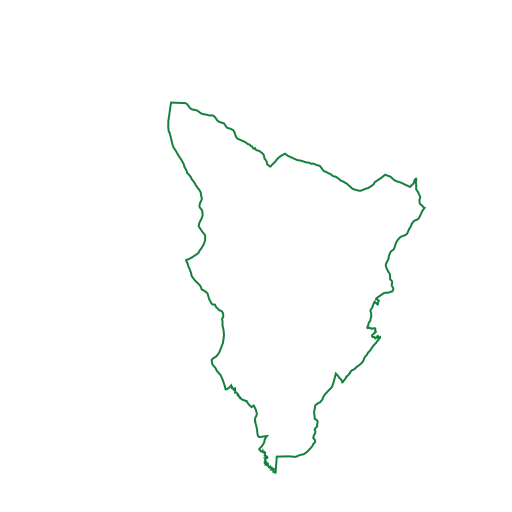 Sarmizegetusa, Hunedoara, Romania, rotated 128°
{"feature_id": "2599482B56476648103068", "entity_name": "Sarmizegetusa", "entity_type": "district", "adm_level": 2, "iso_a3": "ROU", "parent_name": "Romania", "parent_adm1": "Hunedoara", "projection": "natural_earth1", "projection_center": [22.749, 45.477], "detail": "fine", "context": "isolated", "style": "outline", "palette": "green", "viewbox_px": 512, "rotation_deg": 128, "n_neighbors": 0, "source": "geoboundaries", "source_scale": "gbopen_adm2", "svg_char_len": 6126}
<svg xmlns="http://www.w3.org/2000/svg" viewBox="0 0 512 512"><g transform="rotate(128 256 256)"><path d="M414.7,107.2L401.3,116.1L393.5,106.6L389.9,101.1L386.4,99.2L384.4,97.8L383.0,96.4L379.1,95.2L374.4,94.7L370.9,94.6L368.7,95.1L366.6,94.8L365.8,95.1L364.7,96.3L364.1,98.9L361.6,100.0L359.4,100.3L358.4,100.7L357.6,101.2L356.7,102.9L355.3,103.2L352.6,102.9L350.9,104.3L350.1,104.5L348.5,105.5L347.9,107.0L347.9,108.2L348.2,109.3L343.3,114.1L337.7,117.0L336.8,117.4L336.3,117.2L333.1,116.2L331.8,115.4L328.1,115.3L326.0,116.1L322.7,116.5L312.4,115.5L306.8,117.5L299.5,120.7L299.8,118.2L300.7,115.4L300.7,114.3L300.9,113.4L301.5,111.6L302.5,110.2L302.1,109.9L300.9,110.1L298.0,110.0L295.3,110.5L295.1,110.2L293.6,110.2L292.8,109.9L291.3,110.1L290.0,109.8L288.8,110.4L286.7,109.9L284.5,108.7L282.4,108.6L276.9,107.1L274.4,106.8L273.2,106.8L268.7,108.0L265.2,107.8L263.1,108.3L261.2,107.9L253.7,108.3L250.4,107.8L248.8,108.2L248.3,108.0L243.9,108.0L243.5,108.4L244.0,108.6L244.4,109.4L244.0,110.8L244.8,111.0L245.7,110.3L245.9,110.9L247.5,111.3L247.0,112.8L247.9,113.9L248.1,114.5L247.5,115.5L246.6,115.8L244.0,115.1L243.6,115.4L241.9,114.8L241.7,115.1L241.9,115.5L241.4,116.2L239.6,117.4L239.7,117.8L240.6,118.8L242.0,119.9L241.9,120.4L242.6,121.5L242.7,122.3L243.2,122.7L243.1,123.1L244.1,123.8L243.7,124.4L241.4,125.0L238.8,126.2L237.6,126.0L236.3,126.2L234.6,127.3L232.3,128.0L231.0,129.5L229.9,130.3L229.3,131.6L228.0,132.5L225.1,132.6L223.1,133.4L219.3,134.4L219.1,133.9L219.2,131.3L219.4,130.3L219.1,130.2L217.5,131.3L215.6,131.7L215.5,134.3L216.2,134.7L215.0,135.1L206.6,132.4L205.6,131.7L203.1,128.8L201.2,127.9L200.5,127.0L198.7,126.9L197.6,127.4L196.9,128.0L195.8,130.7L195.2,131.3L192.5,132.7L192.1,133.6L191.7,136.1L190.1,137.2L188.2,139.1L187.6,139.9L186.6,142.8L185.4,145.3L183.5,148.0L182.0,148.8L176.7,149.8L174.7,151.0L171.1,152.3L168.9,152.4L166.7,151.7L165.1,151.7L159.3,153.8L156.1,154.2L152.1,153.9L150.2,152.9L147.9,151.3L145.8,150.7L144.6,150.8L140.7,151.9L138.0,152.1L134.5,153.1L131.8,153.2L130.4,152.8L127.8,151.2L125.2,151.0L118.1,152.7L114.3,152.8L114.6,153.6L114.2,155.1L113.9,159.2L112.1,161.0L110.7,161.9L108.8,162.6L108.2,163.2L105.9,167.6L104.9,170.8L101.3,173.5L99.4,175.5L96.9,176.8L96.6,177.6L97.4,177.8L99.1,177.6L101.9,176.4L104.7,177.0L106.3,176.9L106.7,177.1L108.3,183.9L108.8,186.6L110.7,191.7L111.1,193.7L110.7,198.9L112.5,204.3L117.6,205.5L124.5,207.8L127.2,207.5L130.3,208.3L131.5,208.9L133.1,209.2L135.6,211.1L139.4,213.2L140.3,213.9L141.1,214.9L143.2,219.8L143.6,221.5L143.1,228.9L143.6,232.7L144.4,235.7L144.2,238.5L144.4,242.0L145.6,244.3L145.6,248.1L146.2,249.6L146.4,252.0L147.2,254.0L147.2,255.8L145.8,260.5L145.9,261.7L147.0,264.2L147.7,267.1L148.1,268.0L149.3,269.2L149.8,271.5L151.2,273.9L153.3,279.4L155.1,282.8L157.5,292.7L157.5,296.1L161.4,297.8L164.4,298.7L167.2,299.0L170.3,298.9L174.5,299.6L176.4,299.6L176.8,299.8L177.0,300.6L176.8,301.6L176.9,303.5L175.2,305.5L174.3,307.6L174.0,309.3L172.6,310.8L171.2,312.9L171.2,318.0L172.4,321.1L172.3,322.0L171.6,323.2L172.7,323.9L173.0,324.6L172.1,326.5L172.5,327.9L172.2,329.4L172.8,331.3L172.8,333.3L173.0,335.1L174.9,342.8L174.6,344.4L174.0,345.8L171.8,349.0L170.9,351.2L171.5,354.7L172.7,357.4L172.5,359.0L171.2,362.8L172.8,367.1L173.1,368.4L172.9,370.3L171.7,374.3L171.7,375.4L172.1,377.2L173.7,378.7L175.3,382.5L176.8,385.1L177.5,387.5L177.5,390.9L177.7,392.1L178.3,393.8L179.6,396.0L180.0,397.3L180.0,399.5L178.8,403.3L178.8,404.7L179.1,405.9L187.4,417.4L203.7,408.1L208.7,404.3L211.8,401.2L211.9,400.3L213.2,398.5L220.4,389.3L221.0,388.3L222.7,383.4L224.8,378.3L226.2,374.0L227.7,370.4L228.8,368.4L229.5,367.9L231.7,362.9L233.1,361.0L233.0,359.7L233.5,358.2L233.7,356.6L235.3,353.1L235.9,350.2L237.4,346.7L237.8,345.0L238.4,343.9L238.5,342.4L239.5,339.6L239.9,338.8L242.9,335.6L243.7,334.2L245.7,333.3L248.7,332.7L250.9,331.7L251.8,331.0L252.4,330.1L253.0,327.1L253.5,326.3L255.1,324.5L257.0,323.0L258.7,322.3L265.2,320.9L267.9,319.4L269.9,313.4L270.8,309.4L272.4,307.6L275.6,305.5L279.4,304.3L283.5,303.8L285.9,303.8L289.2,303.2L296.0,305.4L300.6,307.4L302.1,308.6L303.1,307.4L304.0,305.4L306.3,302.1L306.7,300.9L308.2,298.8L308.9,297.3L311.3,294.5L311.8,293.2L313.1,287.9L313.1,286.7L313.8,281.5L315.8,278.1L315.4,276.4L315.1,272.9L315.4,271.1L318.9,266.2L320.9,261.6L320.8,260.1L319.6,258.4L320.8,256.2L321.4,251.3L320.7,250.0L320.6,248.7L321.5,246.6L323.7,244.6L326.6,243.9L328.0,242.3L331.4,239.6L334.6,235.7L337.4,233.1L338.7,232.1L344.7,228.6L352.3,226.2L356.0,225.4L359.6,225.5L363.6,226.9L365.2,226.9L367.9,224.1L368.8,221.7L369.1,219.4L369.6,218.0L370.5,216.6L371.7,210.4L373.9,206.4L377.8,200.3L378.7,199.5L379.0,198.8L379.8,197.9L379.5,197.3L376.6,196.1L373.4,195.9L374.1,195.1L373.9,194.4L374.8,193.9L375.0,193.6L374.7,192.3L373.3,191.3L373.1,191.0L374.1,190.2L375.0,190.4L374.8,189.8L375.1,189.2L374.8,189.2L376.0,188.8L376.5,188.4L375.8,187.5L376.0,185.1L376.2,184.7L376.5,185.2L376.9,184.9L377.1,184.3L376.8,183.4L377.7,181.7L377.2,181.5L377.8,179.4L377.4,178.2L377.5,177.4L376.8,176.4L376.7,175.3L376.1,174.3L376.5,174.1L376.4,173.6L377.5,170.1L377.8,166.5L375.2,165.7L375.3,165.4L377.4,161.3L379.7,158.2L381.7,157.3L383.9,157.0L385.6,156.0L386.9,154.6L387.1,154.8L390.0,150.8L392.6,147.9L395.3,145.3L396.6,143.6L396.7,141.9L391.1,136.5L393.9,136.4L395.6,136.0L397.3,135.0L400.1,134.4L403.0,134.3L405.9,134.7L406.5,134.1L406.5,133.3L406.8,132.7L406.8,131.3L406.3,130.6L405.3,130.8L406.1,129.6L405.7,129.1L405.9,128.6L405.3,128.5L405.3,127.8L406.3,127.3L407.0,126.7L407.7,126.5L407.9,126.1L407.4,125.7L407.7,124.5L407.3,124.1L407.7,122.9L408.1,122.9L408.8,123.9L409.2,123.4L409.6,123.5L410.0,124.3L410.4,123.4L411.3,123.1L411.7,121.7L412.2,121.7L413.0,122.3L414.0,121.5L414.0,121.2L413.4,121.1L414.0,120.5L412.9,120.4L412.6,119.8L412.3,119.6L412.2,118.9L412.7,118.4L413.1,118.5L413.4,119.2L414.1,118.9L413.8,118.3L414.0,117.7L413.8,117.0L414.4,116.1L414.5,115.2L413.6,115.1L414.0,114.7L413.1,113.6L413.9,112.8L415.0,112.6L414.2,111.5L413.1,111.7L412.9,111.2L412.9,110.7L414.0,110.8L414.1,110.3L415.4,109.5L415.0,108.8L415.0,107.5L414.7,107.2Z" fill="none" stroke="#15803d" stroke-width="2"/></g></svg>